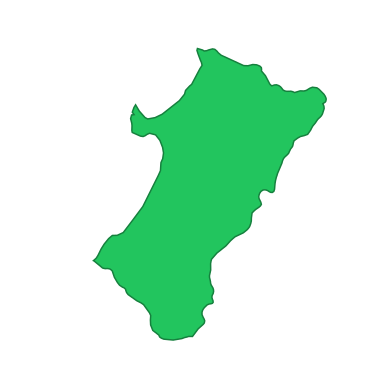 outline of Akita, rotated 24°
{"feature_id": "JPN-1862", "entity_name": "Akita", "entity_type": "Prefecture", "adm_level": 1, "iso_a3": "JPN", "parent_name": "Japan", "parent_adm1": "", "projection": "mercator", "projection_center": [140.484, 39.686], "detail": "fine", "context": "isolated", "style": "filled", "palette": "green", "viewbox_px": 384, "rotation_deg": 24, "n_neighbors": 0, "source": "natural_earth", "source_scale": "10m", "svg_char_len": 2951}
<svg xmlns="http://www.w3.org/2000/svg" viewBox="0 0 384 384"><g transform="rotate(24 192 192)"><path d="M129.9,294.8L131.4,291.5L131.9,288.2L132.2,280.8L133.0,275.2L134.8,268.5L136.9,264.1L141.3,262.0L145.7,257.0L149.1,242.6L153.0,225.3L154.5,190.6L154.5,185.3L151.7,177.8L151.7,173.5L150.1,167.9L147.0,163.2L141.7,157.9L135.5,154.6L129.4,155.6L127.6,157.5L126.3,159.6L124.8,161.2L122.2,161.9L113.2,161.9L112.1,160.4L110.2,155.8L109.1,153.8L106.1,150.0L105.5,146.2L107.6,144.9L105.0,143.4L104.6,138.4L105.0,135.3L110.9,139.5L118.8,143.1L121.8,143.3L128.0,139.1L133.1,133.1L143.3,113.7L145.4,105.7L144.8,101.8L146.7,96.2L147.9,93.8L149.1,76.1L149.7,72.2L147.9,69.8L146.1,68.2L141.3,63.3L138.9,60.6L138.6,58.7L143.8,58.0L145.8,58.2L148.0,56.9L149.7,55.2L152.6,52.9L154.8,52.4L157.3,53.1L159.5,54.2L163.1,55.2L187.8,55.5L191.8,53.9L195.7,50.8L199.4,49.5L202.8,49.4L204.7,50.1L205.6,51.5L206.2,53.2L211.8,55.9L219.2,61.8L221.5,62.6L222.4,62.0L223.6,60.8L225.6,59.7L228.1,59.5L230.1,59.9L231.6,60.6L233.8,61.8L235.8,61.9L237.6,61.5L241.4,59.7L243.2,59.4L245.3,59.4L249.7,55.6L253.2,54.2L255.1,52.7L257.5,49.2L259.4,47.3L263.7,46.0L266.3,46.5L272.7,49.0L274.7,50.3L276.1,51.6L276.7,52.4L277.0,53.2L277.2,54.1L277.3,55.0L277.0,56.0L276.4,56.8L276.0,57.6L275.6,58.1L277.0,59.3L277.9,60.4L278.8,62.1L279.4,67.5L279.2,69.7L278.5,71.8L277.7,73.5L277.2,75.1L276.6,78.7L275.5,82.6L275.3,84.7L275.2,87.3L274.2,92.3L271.5,94.9L268.5,97.2L266.5,99.9L264.4,103.7L264.6,106.0L265.0,107.5L265.3,109.2L265.1,110.7L264.6,112.4L264.5,115.1L264.5,117.5L263.7,119.7L262.5,122.4L262.0,124.3L262.0,126.6L262.4,129.2L262.6,140.4L262.9,142.3L263.0,143.9L263.6,147.4L264.4,150.5L266.3,155.9L266.5,158.2L265.6,159.7L264.2,160.3L262.6,160.3L261.0,160.0L259.1,160.0L257.4,160.5L256.0,161.4L254.8,163.3L254.4,165.1L254.4,167.1L254.9,169.2L255.9,170.7L259.0,173.3L260.4,175.1L260.2,176.8L259.4,178.6L257.3,182.0L256.4,184.0L255.4,186.7L256.8,191.5L258.0,194.4L258.5,197.0L258.7,200.3L258.2,202.6L257.6,204.3L255.5,208.4L249.6,215.3L248.4,217.7L247.0,220.9L244.9,227.4L239.6,237.6L237.2,245.4L237.5,247.4L238.1,249.8L240.8,255.7L242.0,261.4L242.9,263.2L243.9,264.4L245.4,266.5L246.1,267.8L247.3,269.1L250.1,271.1L251.3,272.4L252.2,274.1L252.6,276.1L252.5,278.6L253.2,280.4L254.3,281.7L255.5,282.9L256.2,284.2L255.9,285.4L254.9,286.3L253.3,287.3L251.8,288.9L250.3,292.6L249.8,295.1L250.0,297.6L251.0,299.9L253.0,301.8L254.8,303.2L256.0,304.5L256.5,306.6L256.1,308.3L253.3,314.5L251.2,323.8L247.7,325.3L246.5,326.4L244.4,328.0L242.4,330.0L235.0,334.9L226.1,337.9L223.4,338.0L221.4,337.6L219.9,336.2L212.5,334.4L208.3,330.3L206.1,325.9L204.5,321.6L202.2,319.6L193.6,314.6L190.5,314.0L185.8,313.8L175.4,311.7L173.2,310.5L171.8,309.1L170.9,307.9L169.1,307.2L167.1,307.2L163.7,306.6L160.7,305.0L155.8,301.5L151.2,296.5L149.7,296.0L148.0,295.7L145.6,296.4L144.2,297.2L142.7,297.6L141.2,297.8L130.5,294.8L129.9,294.8L129.9,294.8Z" fill="#22c55e" stroke="#15803d" stroke-width="1.5"/></g></svg>